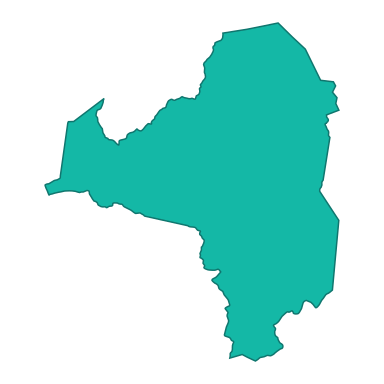 outline of Sabanagrande, Francisco Morazán, Honduras
{"feature_id": "27666195B51862105966258", "entity_name": "Sabanagrande", "entity_type": "district", "adm_level": 2, "iso_a3": "HND", "parent_name": "Honduras", "parent_adm1": "Francisco Morazán", "projection": "orthographic", "projection_center": [-87.286, 13.79], "detail": "fine", "context": "isolated", "style": "filled", "palette": "teal", "viewbox_px": 384, "rotation_deg": 0, "n_neighbors": 0, "source": "geoboundaries", "source_scale": "gbopen_adm2", "svg_char_len": 5994}
<svg xmlns="http://www.w3.org/2000/svg" viewBox="0 0 384 384"><path d="M255.4,361.0L256.6,360.3L257.9,359.4L259.7,357.8L260.2,357.5L264.2,356.7L267.2,355.4L267.9,355.4L270.3,355.8L271.4,355.5L273.7,354.2L274.7,353.2L277.0,351.3L279.7,349.4L280.7,348.8L281.9,348.5L282.5,347.9L282.8,347.2L282.9,346.5L282.8,345.5L282.5,344.8L281.7,344.0L280.5,343.3L279.6,342.5L278.1,339.6L277.7,337.6L275.7,336.0L275.1,335.0L274.8,333.8L274.7,331.7L274.9,330.8L275.4,329.7L275.5,328.6L275.3,328.1L274.5,327.3L273.9,326.4L273.5,325.4L273.6,325.1L274.0,324.7L276.2,323.6L277.2,322.8L278.2,321.9L278.9,321.1L282.0,316.4L283.7,314.8L285.9,312.8L287.1,312.0L287.8,311.8L288.6,312.1L289.2,312.1L290.3,311.7L291.2,311.1L291.7,310.9L292.2,311.0L292.6,311.4L293.3,312.4L293.4,313.2L294.0,313.6L295.1,313.9L296.5,313.9L297.4,313.8L298.3,313.5L298.9,312.9L299.5,312.1L301.5,308.6L303.0,303.2L303.4,302.4L303.8,301.8L304.4,301.2L306.2,300.4L310.9,302.3L313.0,304.3L315.5,307.6L316.0,307.7L316.7,307.5L317.7,306.6L319.3,304.7L321.6,300.4L323.4,298.2L324.8,296.1L325.8,294.7L326.7,294.0L328.6,293.1L330.0,292.1L332.4,290.1L338.8,220.4L319.7,191.3L319.7,189.9L319.9,188.9L320.3,188.2L321.1,187.3L321.9,185.0L321.8,182.8L322.1,181.6L323.1,180.2L329.9,137.4L328.9,136.2L328.5,135.4L328.5,134.4L328.7,132.8L328.5,131.2L327.1,129.2L326.1,126.6L325.3,125.1L325.1,124.5L325.1,124.1L325.3,123.7L325.7,123.4L326.3,123.3L327.1,122.1L327.7,121.7L328.3,120.5L328.3,119.7L328.1,119.1L327.1,117.7L326.6,117.1L326.6,115.5L326.5,114.9L338.9,110.2L335.8,103.5L337.0,97.7L332.5,92.2L335.6,85.9L333.4,81.8L320.6,80.3L305.3,49.1L291.9,36.6L278.1,23.0L246.9,29.3L222.9,33.1L223.0,34.6L222.7,37.2L222.5,38.2L221.9,39.2L221.3,40.0L220.6,40.5L217.0,41.8L215.1,42.8L214.6,45.3L214.2,45.7L213.4,46.3L213.0,47.0L213.0,48.1L213.5,49.4L213.4,50.4L213.1,51.6L212.8,52.0L211.7,54.3L209.7,57.2L207.1,59.4L206.2,60.8L204.4,62.6L204.0,63.2L203.6,64.7L204.5,67.2L204.7,68.1L204.4,72.1L204.6,73.0L205.1,74.0L205.3,75.4L205.5,76.2L205.4,77.3L205.2,78.0L204.7,78.9L202.9,81.0L201.7,83.2L200.5,84.5L200.4,85.1L200.9,86.1L200.9,87.1L199.9,88.0L199.5,88.6L199.5,89.2L199.7,90.1L199.8,91.0L199.8,91.8L199.4,93.1L199.0,94.1L198.4,94.7L196.3,95.9L195.6,98.3L195.2,99.0L194.9,99.2L194.5,99.2L192.1,98.3L191.4,98.4L190.4,98.7L188.9,98.7L187.0,98.2L184.4,97.7L182.1,96.7L181.0,97.3L179.8,98.3L176.5,99.4L175.1,100.2L174.4,100.3L173.4,100.1L171.8,99.3L170.7,99.5L169.5,100.2L168.6,100.8L168.0,101.6L166.5,104.9L166.2,106.4L165.7,107.4L165.1,107.8L162.8,108.4L162.0,109.2L159.9,110.4L158.8,111.8L156.7,114.9L155.1,116.5L154.5,119.0L152.4,120.6L151.5,122.0L151.3,122.7L151.6,123.6L151.5,123.9L150.9,124.1L148.9,123.7L148.3,123.7L148.0,123.8L145.7,126.0L143.3,129.1L142.0,130.3L141.2,130.8L140.2,130.9L138.8,130.4L138.3,130.2L137.3,129.2L136.9,129.0L136.2,129.6L134.6,131.2L133.5,131.9L132.9,132.2L130.0,132.9L129.0,133.5L128.1,134.1L127.4,134.8L127.0,135.8L126.6,137.7L126.1,138.4L125.5,138.8L124.3,139.2L120.2,140.2L119.4,140.7L119.1,141.5L119.1,143.1L118.8,144.8L118.7,145.0L118.2,144.9L117.4,144.4L115.9,143.0L114.5,141.4L113.1,140.4L112.1,140.0L109.0,139.7L108.3,139.2L107.8,138.4L105.6,137.6L105.2,137.3L105.0,136.9L104.7,135.6L103.6,133.9L102.9,132.6L102.3,128.7L101.1,127.2L99.5,124.8L97.8,121.5L97.7,119.4L97.4,117.6L96.2,116.1L96.0,115.4L96.1,114.3L96.5,112.4L97.0,110.6L97.6,110.0L99.8,109.2L100.8,108.4L102.2,105.2L103.1,102.4L103.4,100.0L104.1,98.5L73.7,121.5L68.4,121.7L67.8,123.0L60.3,176.3L60.4,177.0L60.2,177.8L59.9,178.3L59.5,178.6L57.3,179.8L54.3,180.5L50.8,182.6L49.3,183.5L48.7,183.8L47.0,184.0L45.4,184.7L45.1,185.1L45.2,185.8L46.1,188.3L47.2,190.6L48.5,194.0L49.1,195.0L50.2,194.3L52.3,193.9L54.4,193.2L58.8,192.2L60.7,191.9L64.7,191.0L69.2,190.8L72.1,190.9L75.3,191.3L78.2,192.2L79.6,192.5L81.3,192.0L83.2,192.0L86.9,190.5L87.9,190.6L88.5,190.8L89.1,191.3L89.3,192.0L89.3,193.1L89.6,194.2L91.4,197.1L92.3,198.7L93.8,200.8L94.1,201.1L95.1,201.3L96.6,202.1L97.3,202.8L97.7,204.0L98.3,205.1L100.1,206.1L101.1,206.6L102.8,206.9L104.3,206.8L105.0,206.8L105.7,207.0L106.3,207.6L106.8,207.6L107.4,207.4L108.4,206.7L109.2,206.3L110.0,206.2L111.3,206.1L112.2,205.8L112.5,205.5L112.7,205.1L112.8,203.6L113.0,203.3L113.3,203.1L114.4,202.9L117.5,203.0L118.4,203.6L119.2,203.9L120.2,204.1L121.3,204.1L122.0,204.3L122.7,204.9L123.4,206.0L124.3,206.8L130.7,210.0L134.3,212.7L135.4,213.4L136.1,213.4L139.2,213.0L140.2,213.0L140.7,213.3L141.8,214.0L143.5,214.9L144.4,215.9L145.0,216.2L187.8,225.7L188.8,226.4L190.1,226.8L193.4,227.1L194.6,227.3L195.3,227.6L195.9,228.1L196.9,229.5L197.8,230.3L200.2,231.0L200.4,231.3L200.4,231.6L199.8,232.8L199.7,233.3L199.7,233.9L199.8,234.5L200.1,234.9L200.9,235.5L201.5,236.2L201.8,236.8L202.2,238.0L204.1,240.0L204.2,240.4L204.1,241.8L203.6,243.4L202.4,246.2L201.9,246.8L201.4,247.2L201.4,250.1L200.0,253.5L200.2,254.4L200.5,255.1L200.0,257.3L200.1,257.6L200.4,257.9L201.0,258.0L202.2,258.9L203.0,259.6L203.4,260.3L203.4,260.8L203.1,262.6L203.1,263.4L204.4,265.1L204.6,265.7L204.5,266.5L204.0,267.2L204.0,267.8L204.6,268.4L205.7,269.0L208.0,269.8L209.4,270.0L212.7,270.2L214.6,270.2L215.6,270.0L217.6,269.3L218.3,269.3L219.0,269.7L219.5,270.2L219.9,271.0L220.5,271.4L220.7,271.9L220.5,272.3L219.1,273.8L216.9,276.4L215.6,277.5L213.8,278.4L212.4,279.2L212.1,279.7L212.0,280.4L212.6,281.2L213.7,282.2L214.8,283.1L216.4,283.9L217.8,285.1L218.2,285.7L218.8,288.0L219.2,288.8L220.1,289.6L222.8,291.4L223.9,294.2L224.3,295.0L227.6,299.0L228.3,300.1L229.7,304.7L229.7,305.3L229.4,305.8L228.7,306.2L227.6,306.6L226.4,307.3L225.5,307.9L225.2,308.4L225.2,308.7L225.6,309.2L227.6,311.8L228.0,312.5L227.9,313.0L227.5,313.9L227.2,314.8L227.1,316.1L228.5,320.1L228.6,320.7L228.5,321.7L228.1,323.1L226.4,327.0L224.4,334.9L224.6,335.5L225.1,336.0L229.2,337.4L229.9,337.9L230.4,338.4L231.5,340.4L233.3,341.3L233.6,341.7L233.6,342.5L233.0,343.8L232.5,345.4L232.4,347.3L232.4,349.1L232.1,350.8L231.8,351.6L230.6,352.8L230.2,353.6L230.2,356.2L229.8,358.1L242.2,354.5L247.3,357.2L255.4,361.0Z" fill="#14b8a6" stroke="#0f766e" stroke-width="1.5"/></svg>